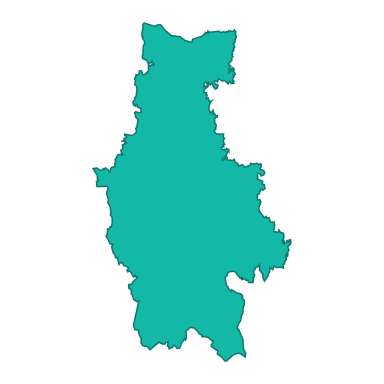 outline of Mymensingh, Dhaka, Bangladesh
{"feature_id": "16705992B54511139091050", "entity_name": "Mymensingh", "entity_type": "district", "adm_level": 2, "iso_a3": "BGD", "parent_name": "Bangladesh", "parent_adm1": "Dhaka", "projection": "equal_earth", "projection_center": [90.455, 24.722], "detail": "fine", "context": "isolated", "style": "filled", "palette": "teal", "viewbox_px": 384, "rotation_deg": 0, "n_neighbors": 0, "source": "geoboundaries", "source_scale": "gbopen_adm2", "svg_char_len": 5983}
<svg xmlns="http://www.w3.org/2000/svg" viewBox="0 0 384 384"><path d="M245.2,356.9L245.6,352.9L243.5,349.2L242.9,339.6L238.8,329.5L236.8,328.0L239.2,322.6L240.5,321.1L241.4,315.3L242.4,314.4L243.2,311.4L242.7,309.3L244.3,304.5L244.3,300.5L242.0,297.5L242.7,296.1L241.0,293.9L237.0,293.0L231.8,289.9L231.3,291.1L228.7,289.3L227.9,286.6L226.4,285.5L225.1,277.2L227.4,275.5L227.6,273.2L228.9,271.9L233.2,271.2L236.3,272.5L236.5,273.9L240.5,278.4L242.1,277.6L241.8,279.5L244.8,278.7L245.7,280.1L247.5,280.3L248.8,282.5L252.8,282.6L253.6,279.8L252.8,277.5L254.0,277.2L254.7,274.9L253.7,273.5L253.8,270.0L255.0,269.6L255.4,267.6L257.9,266.7L259.4,264.5L259.8,270.7L260.9,270.7L261.3,272.8L262.7,273.9L263.1,278.3L264.4,281.1L268.1,275.8L268.0,274.5L269.7,271.4L269.9,267.4L272.7,269.7L273.8,266.3L277.5,267.7L279.6,267.1L283.5,268.0L283.1,264.3L284.5,264.0L284.9,261.1L286.4,259.8L285.7,255.9L286.3,254.2L287.1,254.9L286.8,256.6L287.6,256.2L288.0,253.8L287.5,252.8L289.0,249.9L287.8,247.3L288.6,245.5L290.2,244.6L290.9,242.2L290.4,239.6L289.2,239.9L289.3,241.9L286.5,240.1L287.5,241.6L287.0,242.3L284.8,242.4L284.2,244.0L283.1,243.2L283.9,241.0L282.5,241.8L282.1,240.7L283.1,239.8L284.0,236.9L283.5,233.2L280.6,232.6L278.7,229.4L278.9,231.1L277.9,232.2L273.6,231.6L274.7,225.4L274.0,222.0L270.2,222.0L269.3,217.9L266.7,217.9L266.4,216.4L264.4,217.8L259.6,211.5L258.7,208.4L259.5,205.2L260.4,204.3L259.9,202.9L260.9,202.3L259.8,199.7L257.4,199.8L257.3,194.8L259.1,194.1L260.8,189.2L263.3,190.1L265.0,188.6L264.3,184.7L262.4,184.5L262.6,181.2L257.3,179.1L257.8,177.9L257.3,174.4L258.1,173.4L260.3,173.9L261.1,176.0L263.6,175.0L264.5,173.4L264.6,172.0L263.4,170.5L260.0,169.1L261.5,165.3L260.7,163.8L258.6,164.5L257.0,163.4L252.5,164.1L250.8,163.2L250.3,164.9L244.9,167.3L242.7,164.7L238.5,165.9L237.7,163.5L235.1,162.4L234.2,159.2L232.2,160.9L230.7,160.0L227.2,160.2L227.1,157.3L226.4,156.5L224.0,159.8L222.3,160.2L222.6,158.2L226.0,155.7L227.9,151.5L228.8,152.0L228.9,149.4L226.4,148.6L225.0,150.7L224.2,149.2L223.2,149.8L221.2,148.9L221.5,147.5L223.8,146.7L223.3,144.6L224.7,144.3L223.5,142.4L223.5,139.3L224.6,138.6L223.2,136.9L223.6,134.1L216.4,134.0L214.7,131.8L214.3,130.3L215.9,129.1L215.5,127.2L216.4,126.3L215.6,123.5L214.4,122.8L214.9,121.0L214.4,119.3L215.9,117.3L217.2,117.2L217.2,115.7L215.6,115.6L214.7,114.0L212.3,113.8L213.7,112.6L213.1,110.2L212.2,111.8L209.8,112.5L209.8,111.1L208.9,110.5L208.9,107.4L210.1,102.9L211.6,100.7L209.9,101.5L209.0,101.1L208.4,98.0L206.4,98.7L207.1,95.1L206.1,94.4L206.4,92.8L203.6,92.4L204.3,89.8L206.6,87.4L204.9,86.0L204.1,86.4L204.0,83.7L205.7,82.1L207.1,82.8L207.3,87.1L208.0,86.6L208.4,82.7L210.2,85.0L211.9,82.8L213.9,87.6L215.6,89.1L217.4,87.9L217.9,85.1L214.7,83.6L214.3,81.7L214.9,80.7L217.4,81.9L218.7,78.6L222.3,81.1L223.9,80.4L225.2,80.9L228.1,83.9L229.6,81.3L231.2,83.5L233.8,83.3L232.6,82.0L234.0,81.3L232.9,80.1L232.8,78.1L234.0,76.3L233.2,75.2L235.3,74.4L234.5,72.3L233.1,71.5L233.2,70.3L233.6,71.1L234.1,70.2L233.9,68.5L232.6,67.6L231.3,68.4L230.7,69.4L231.2,70.5L228.9,72.6L229.4,67.4L230.8,66.3L228.5,63.9L231.9,60.2L231.5,58.6L233.0,56.6L231.8,55.0L232.7,53.9L232.2,53.0L232.8,51.3L233.8,50.4L233.1,49.3L234.8,47.5L233.4,43.5L235.1,42.1L235.0,39.6L236.3,37.1L235.4,33.5L235.8,31.8L234.4,29.9L233.2,31.5L228.7,30.8L228.3,31.9L226.4,31.4L225.6,32.5L223.9,31.8L220.0,32.5L219.1,31.2L210.4,32.3L207.9,31.2L208.1,33.3L205.2,32.3L205.3,33.6L201.7,36.3L192.5,39.3L192.1,42.0L189.9,42.1L184.0,39.9L180.2,36.7L171.2,35.6L164.9,30.1L160.6,24.7L157.0,25.0L155.3,26.5L144.1,23.0L142.8,24.7L143.1,27.4L141.9,33.5L141.9,35.9L142.9,36.8L142.3,38.0L144.3,40.8L144.6,44.3L143.4,45.1L142.8,54.8L142.2,55.8L142.6,58.5L146.6,60.2L148.7,64.2L151.9,61.2L152.0,62.9L153.7,63.2L153.8,65.4L151.8,64.6L150.8,65.9L148.4,65.5L148.6,70.5L147.5,71.7L147.4,73.3L146.0,73.0L145.0,74.5L142.9,75.0L141.4,70.7L139.3,71.1L139.3,73.1L138.0,74.9L136.0,74.7L136.2,75.9L134.6,78.4L135.4,81.0L134.8,84.7L136.6,86.2L137.0,90.3L136.0,96.5L134.5,97.9L135.1,99.0L132.9,101.9L133.1,103.6L133.7,105.2L135.2,106.1L136.0,104.2L137.5,104.9L137.0,106.7L140.6,108.5L141.4,112.4L139.1,112.8L135.6,111.7L134.6,113.0L135.7,115.8L135.4,116.8L138.1,119.8L136.8,126.9L135.8,128.5L136.4,131.0L135.8,133.2L132.0,135.6L124.7,134.1L124.7,135.3L126.5,136.3L126.2,137.8L124.3,138.3L123.4,141.1L121.3,141.2L125.5,141.1L124.9,142.9L126.1,143.3L122.3,145.0L122.9,146.0L122.7,148.9L120.8,150.2L121.7,153.6L123.2,154.3L122.2,155.4L120.8,154.4L117.8,154.8L115.1,159.8L115.7,161.3L114.9,163.4L115.0,166.9L112.4,167.0L111.0,168.1L110.0,171.7L108.8,171.8L108.7,170.5L105.5,167.9L104.5,169.2L103.2,168.5L102.7,170.0L100.3,170.5L96.6,167.9L93.1,168.6L97.3,175.5L97.4,179.3L99.0,179.8L98.0,179.8L98.6,180.8L96.5,181.4L97.1,182.3L96.5,184.1L97.0,186.6L106.7,186.2L108.2,187.7L106.5,193.5L108.5,199.5L107.9,202.8L109.9,206.2L110.6,209.8L110.8,213.6L110.2,214.4L112.2,217.6L112.2,223.0L111.2,226.9L110.1,226.8L108.9,229.4L107.6,229.0L107.2,234.3L106.0,236.5L108.2,239.3L110.0,243.9L112.9,244.3L111.6,246.8L113.3,253.1L114.1,253.2L115.7,257.8L117.8,257.5L117.5,258.2L119.1,264.5L120.5,262.7L122.4,262.7L123.8,265.8L125.0,265.6L128.3,267.7L128.5,268.5L126.9,270.2L127.8,271.8L129.6,270.9L131.9,273.7L133.2,276.8L134.9,276.8L135.4,275.5L137.5,277.5L132.7,282.0L132.0,284.4L128.8,284.5L128.5,285.6L129.0,288.6L131.1,289.2L131.4,294.2L132.2,294.7L133.7,299.3L136.7,301.7L138.9,300.9L133.5,324.9L134.8,329.6L138.6,330.1L138.5,332.6L141.3,339.5L141.0,343.0L143.1,345.9L147.4,346.5L149.9,349.8L158.9,342.3L162.4,344.0L165.1,344.1L165.9,342.4L168.1,341.8L167.5,346.2L168.9,346.9L169.0,348.7L172.7,347.3L173.5,345.3L175.7,346.3L177.1,348.5L179.6,348.1L181.5,343.1L184.6,339.0L185.5,340.1L186.4,338.3L186.0,331.1L190.4,327.3L194.4,328.1L198.1,331.7L198.7,333.5L201.6,335.0L202.2,336.9L204.5,336.5L208.7,337.7L211.5,340.4L213.2,340.7L211.1,346.3L217.8,351.0L217.3,354.0L222.3,357.5L224.9,361.0L226.7,360.9L232.9,355.1L237.9,353.1L240.4,353.7L245.2,356.9Z" fill="#14b8a6" stroke="#0f766e" stroke-width="1.5"/></svg>